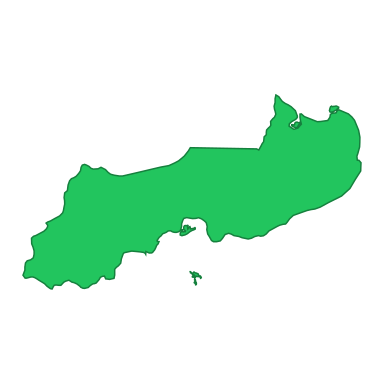 outline of Lahad Datu, Sabah, Malaysia
{"feature_id": "92858781B71459572065664", "entity_name": "Lahad Datu", "entity_type": "district", "adm_level": 2, "iso_a3": "MYS", "parent_name": "Malaysia", "parent_adm1": "Sabah", "projection": "equal_earth", "projection_center": [118.4, 5.123], "detail": "fine", "context": "isolated", "style": "filled", "palette": "green", "viewbox_px": 384, "rotation_deg": 0, "n_neighbors": 0, "source": "geoboundaries", "source_scale": "gbopen_adm2", "svg_char_len": 5926}
<svg xmlns="http://www.w3.org/2000/svg" viewBox="0 0 384 384"><path d="M74.2,282.7L77.0,284.0L77.5,284.4L79.1,285.6L80.0,286.3L80.7,287.2L82.8,288.2L84.5,288.4L88.2,287.5L90.1,285.7L92.7,283.9L94.6,283.6L96.2,283.0L99.1,279.6L100.4,277.3L102.2,276.4L104.4,276.1L105.1,277.5L105.7,278.9L107.7,279.1L109.5,279.4L114.0,278.4L114.7,275.1L114.7,269.3L116.3,267.4L118.4,265.8L120.7,263.2L121.4,258.8L123.2,253.8L124.2,252.7L131.7,251.1L136.1,251.5L140.1,251.9L143.6,252.4L145.2,253.3L145.7,254.2L145.9,251.5L149.2,253.0L151.7,252.9L152.6,252.4L153.4,251.4L154.7,249.8L155.7,247.8L156.7,245.3L158.1,243.9L159.0,241.6L157.3,241.4L157.1,240.4L159.2,237.3L161.1,235.8L162.6,233.8L164.4,233.1L166.1,232.4L168.3,230.9L170.6,230.8L172.4,231.8L174.2,232.3L176.2,232.4L178.2,231.9L180.2,230.8L180.9,228.7L181.6,226.4L181.6,223.8L182.8,220.3L183.8,218.4L186.7,217.6L192.6,218.6L195.7,218.4L198.6,217.7L201.6,218.9L204.3,220.8L206.2,222.6L207.2,226.5L206.8,229.7L207.7,234.0L209.4,236.7L211.5,240.5L213.5,241.7L216.6,241.7L220.3,240.9L222.4,238.5L225.1,234.5L228.6,233.3L231.3,234.1L233.9,235.6L239.0,236.5L242.0,237.7L248.2,239.0L251.5,238.2L254.8,236.5L258.5,235.6L260.6,236.2L263.4,235.8L266.2,234.0L269.0,230.9L277.2,226.4L279.7,225.2L283.0,224.3L285.6,224.0L287.1,222.3L289.6,218.8L293.3,215.4L302.8,212.0L307.1,210.5L310.9,209.6L314.9,209.0L320.2,207.1L328.6,202.5L341.6,196.0L349.9,188.5L355.3,179.4L360.7,171.0L360.8,167.4L361.0,162.7L358.9,160.3L357.3,160.2L356.9,156.1L357.8,153.6L359.6,147.0L359.8,142.6L359.9,137.2L358.6,130.3L356.9,126.1L354.5,120.3L351.9,117.0L348.4,113.9L339.0,109.9L337.4,110.4L336.0,112.9L332.1,113.3L330.4,114.4L329.9,117.3L327.7,120.5L320.7,121.5L317.3,121.7L308.7,118.3L304.4,116.6L301.3,113.9L300.0,114.1L300.0,117.5L300.5,120.7L301.4,124.2L299.8,125.9L297.9,128.1L293.8,129.3L289.1,126.2L289.3,123.9L291.6,121.7L295.4,119.5L296.6,118.5L297.4,117.1L297.3,115.8L296.9,114.9L295.4,110.7L291.1,106.7L288.1,104.8L285.3,103.5L282.3,101.4L280.5,99.1L278.8,96.7L275.9,95.0L275.1,98.7L275.1,102.6L274.1,106.2L274.5,109.2L275.2,111.4L275.8,114.3L274.4,117.3L272.7,118.8L270.6,121.4L270.8,125.2L270.0,126.6L268.5,127.9L266.6,130.0L266.3,132.2L266.3,134.7L264.1,136.9L263.9,139.4L263.6,141.8L262.2,143.6L261.0,146.0L258.8,150.0L256.6,148.9L190.3,147.7L188.4,150.9L186.5,153.3L184.3,156.1L178.7,160.8L174.8,162.9L168.9,165.6L160.7,167.1L137.8,172.5L127.0,175.0L122.6,176.0L119.3,176.0L114.2,175.2L110.5,174.2L108.0,172.3L105.5,169.6L101.0,167.3L98.1,168.8L93.3,169.1L91.0,168.3L89.0,166.4L86.5,165.1L84.6,164.4L82.3,165.1L81.1,167.3L80.5,170.8L78.8,173.3L76.3,176.2L73.9,177.7L71.4,178.7L69.6,180.8L68.1,185.0L67.4,190.6L64.7,192.9L64.1,197.6L64.6,200.7L64.7,204.1L64.0,207.3L63.4,210.7L62.7,212.8L59.7,215.9L57.3,217.2L55.0,218.4L50.4,221.0L47.7,222.0L46.1,223.1L47.7,225.2L47.5,227.0L46.2,229.1L43.8,231.3L35.9,235.5L33.5,236.3L31.5,238.2L31.7,243.8L33.1,247.3L34.1,250.9L34.1,254.2L33.3,257.8L30.7,259.8L27.2,260.8L25.5,263.0L25.0,266.4L24.9,266.9L24.9,270.1L23.0,275.2L25.1,278.1L26.7,278.1L29.0,277.5L30.8,277.0L33.0,277.0L35.1,277.8L37.1,279.0L38.9,280.2L43.0,282.7L44.6,283.7L47.0,286.2L48.9,287.6L50.5,288.7L52.1,289.0L53.3,286.6L54.3,285.2L56.1,285.0L58.8,285.3L60.9,285.3L63.8,282.2L65.6,281.2L68.9,280.2L70.3,281.1L71.8,282.1L74.2,282.7ZM188.0,225.5L187.5,225.3L186.4,225.7L185.2,225.5L184.4,225.8L183.8,226.9L183.6,228.1L184.0,229.3L184.3,230.0L185.1,230.4L185.6,230.9L185.2,231.7L184.4,231.6L183.2,232.0L182.8,231.9L182.6,231.4L182.7,229.7L182.0,229.6L181.8,230.9L181.3,231.8L180.4,232.7L180.2,233.8L180.2,235.0L181.9,235.7L183.0,235.4L185.0,234.9L187.2,233.8L188.4,232.9L189.7,231.8L192.0,230.5L193.9,229.8L195.2,229.1L195.3,228.0L194.9,227.6L193.9,228.2L192.8,228.5L191.5,228.7L190.5,228.9L190.2,227.3L189.9,226.6L189.0,227.0L188.6,228.2L187.8,229.1L187.6,227.9L187.6,226.5L188.0,225.5ZM337.4,106.5L336.6,106.1L335.7,106.1L334.9,106.3L333.5,106.4L332.4,106.7L331.6,106.1L330.6,106.7L330.2,107.7L329.9,108.5L329.8,109.4L329.4,110.3L329.8,111.5L330.2,112.1L331.3,112.1L333.1,111.7L334.1,111.2L334.7,110.7L335.5,110.4L336.5,110.1L336.9,109.2L338.0,108.6L338.6,108.2L338.7,107.2L338.1,106.9L337.4,106.5ZM298.2,122.6L297.2,122.1L296.5,122.1L295.5,122.4L294.9,123.1L294.6,124.4L294.3,125.0L293.7,125.0L293.0,124.7L292.3,124.7L291.7,124.7L291.6,125.5L292.1,126.0L292.7,126.4L293.6,126.9L294.7,127.3L295.7,127.5L296.8,127.6L297.6,127.0L297.9,126.2L298.4,125.4L298.6,124.8L299.4,124.3L300.1,123.9L299.9,122.2L299.5,122.5L298.9,122.8L298.2,122.6ZM191.8,272.9L191.3,272.6L190.8,272.2L190.6,271.7L190.2,271.7L190.3,272.1L190.5,272.4L190.5,272.8L190.8,273.0L191.5,273.3L191.9,273.5L192.1,273.8L192.2,274.2L192.7,274.5L193.1,274.6L193.0,275.1L192.9,275.7L192.8,276.0L192.4,276.3L192.3,276.8L192.8,277.0L193.0,277.2L193.1,277.9L193.1,277.2L193.2,276.8L193.7,276.6L194.1,276.3L194.1,275.8L194.1,275.3L194.5,275.1L194.7,275.5L194.7,275.9L195.1,276.2L194.9,276.7L194.6,276.9L194.5,277.1L194.6,277.4L194.7,277.6L194.6,278.0L194.3,278.4L194.0,278.5L194.6,278.4L194.8,278.2L195.1,277.6L195.2,277.4L195.5,277.3L195.6,277.0L195.8,276.8L196.3,276.3L196.6,276.2L197.1,276.4L197.4,276.5L197.9,276.6L198.3,276.3L198.6,276.0L199.0,275.8L199.2,276.2L199.0,276.7L199.3,276.8L199.6,276.6L200.1,276.8L200.5,277.1L200.4,277.8L200.6,278.3L201.0,278.1L201.3,277.5L201.0,276.9L200.7,276.4L200.4,276.0L200.1,275.9L199.7,276.0L199.3,275.9L198.8,275.3L198.6,274.9L198.3,274.3L198.1,273.8L197.8,273.6L197.5,273.8L197.0,273.5L196.6,273.1L196.0,273.1L195.5,273.0L194.7,272.5L194.3,272.2L194.0,272.0L193.5,272.8L193.2,273.0L192.7,273.1L191.8,272.9ZM196.0,284.5L196.3,284.5L196.4,283.8L196.4,283.3L196.3,282.6L196.1,282.3L195.7,281.9L195.7,281.1L195.5,280.8L195.4,280.3L195.3,279.6L195.0,279.3L194.7,279.2L194.6,279.5L194.5,279.9L194.9,280.4L195.0,280.7L195.0,281.1L194.9,281.5L194.6,281.9L194.3,282.3L194.2,282.7L194.5,283.0L194.8,283.0L195.1,283.4L195.5,284.0L195.6,284.7L196.0,284.5Z" fill="#22c55e" stroke="#15803d" stroke-width="1.5"/></svg>